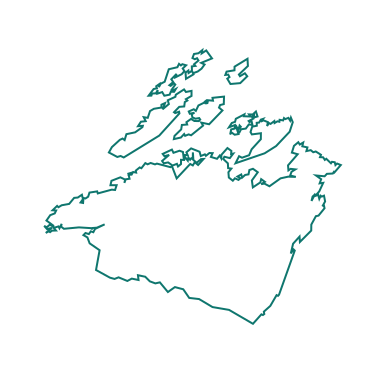 outline of Fitjar nor, Hordaland, Norway, rotated 82°
{"feature_id": "86288312B29955336638723", "entity_name": "Fitjar nor", "entity_type": "district", "adm_level": 2, "iso_a3": "NOR", "parent_name": "Norway", "parent_adm1": "Hordaland", "projection": "orthographic", "projection_center": [5.282, 59.896], "detail": "fine", "context": "isolated", "style": "outline", "palette": "teal", "viewbox_px": 384, "rotation_deg": 82, "n_neighbors": 0, "source": "geoboundaries", "source_scale": "gbopen_adm2", "svg_char_len": 5993}
<svg xmlns="http://www.w3.org/2000/svg" viewBox="0 0 384 384"><g transform="rotate(82 192 192)"><path d="M331.0,150.0L322.8,140.3L323.7,138.9L322.9,137.4L320.5,137.5L315.7,130.3L305.9,122.6L306.8,121.3L305.8,120.1L264.3,98.4L263.0,99.4L266.6,102.7L257.3,99.1L251.1,91.7L256.5,92.1L246.8,79.3L240.9,78.4L233.2,72.7L233.0,70.0L226.5,63.0L222.8,63.3L224.4,64.9L219.9,61.5L214.0,61.8L214.6,64.2L213.6,65.1L216.5,66.9L212.4,67.4L213.1,70.8L212.1,71.1L217.5,74.9L213.3,73.2L212.0,71.3L211.6,68.8L209.1,65.9L201.2,60.8L201.2,64.4L197.3,62.3L192.9,66.9L194.9,58.5L192.8,55.9L193.3,50.0L191.0,48.0L193.2,49.1L186.0,40.9L184.0,44.4L185.3,46.2L182.4,46.5L181.6,49.2L182.9,50.4L177.8,54.4L178.7,56.0L175.9,57.3L175.3,60.4L173.1,59.1L169.1,63.8L169.5,66.4L167.1,68.6L167.4,73.0L163.9,71.5L162.1,76.4L158.5,75.0L160.0,78.7L157.5,79.8L160.5,84.6L166.9,87.6L169.3,82.1L179.0,93.2L184.0,93.5L182.8,91.1L184.0,86.5L185.8,90.6L189.3,92.5L191.5,87.1L190.2,94.6L190.8,102.4L197.1,114.5L193.7,119.2L193.9,122.4L192.1,118.4L188.9,121.7L192.0,123.0L195.9,131.1L188.9,131.1L181.6,124.1L177.5,128.4L178.2,132.1L182.4,133.6L182.5,137.0L184.7,140.3L181.5,140.8L183.0,144.8L185.1,142.2L186.5,144.3L184.4,147.6L186.5,150.0L182.8,153.5L177.5,153.2L174.3,149.8L173.4,152.9L168.6,152.5L163.6,156.5L161.6,155.0L163.7,149.8L159.7,145.8L159.8,148.0L156.8,147.3L153.4,150.8L159.2,157.6L162.6,158.4L159.8,159.5L162.6,162.6L159.9,168.4L156.4,166.2L155.8,169.3L158.1,173.2L156.5,174.0L157.6,178.3L153.2,178.9L148.7,186.8L151.9,192.0L154.9,191.2L154.1,195.2L156.7,195.2L156.8,195.5L151.1,195.4L149.4,198.6L150.6,204.9L147.2,206.0L150.2,215.7L152.7,214.3L152.1,209.5L157.1,217.3L159.6,216.0L159.4,211.5L163.1,207.6L162.0,203.0L164.8,202.3L162.8,199.0L158.6,198.4L159.2,195.3L156.6,193.9L160.4,191.8L157.3,190.8L159.8,189.4L158.5,188.0L159.6,186.7L152.9,185.6L160.5,186.2L163.7,183.3L160.7,178.5L160.9,175.9L166.1,182.2L162.9,185.1L165.8,187.5L164.0,189.9L176.4,205.3L163.8,208.2L164.4,209.9L159.0,222.8L159.5,224.8L157.5,228.9L158.4,232.1L156.9,234.2L161.4,238.8L160.4,240.4L163.0,244.7L165.0,244.6L164.0,247.5L166.4,249.4L166.2,251.8L164.7,250.5L165.0,252.5L170.2,252.0L170.2,255.9L173.6,257.7L170.4,256.5L167.5,260.9L169.7,270.2L173.9,271.8L174.8,265.7L179.3,267.9L178.5,271.1L180.3,285.5L178.2,285.8L178.3,293.6L182.2,295.5L183.6,298.4L182.8,300.3L187.7,301.4L186.9,303.8L183.9,301.0L179.4,301.4L181.6,305.9L181.4,309.5L186.7,315.3L187.0,322.9L188.5,326.4L187.0,327.5L190.7,332.6L191.4,329.1L194.1,330.9L195.2,335.6L200.0,340.1L206.0,334.0L207.1,334.0L204.6,337.4L206.7,340.7L205.0,343.1L208.6,340.7L208.0,335.7L212.2,342.5L211.0,339.3L212.0,338.1L210.8,336.1L211.2,332.1L208.3,333.9L207.5,329.0L209.5,328.3L205.4,325.5L208.0,326.5L210.6,324.0L211.3,308.9L213.9,296.2L215.2,296.8L213.8,295.7L214.1,291.2L211.9,283.0L215.1,293.2L218.1,295.3L216.9,297.7L219.3,300.0L217.8,303.2L219.6,305.5L222.4,301.9L228.6,300.5L236.8,291.6L255.9,297.9L265.4,285.2L267.3,280.8L266.3,276.6L271.1,268.4L269.4,263.7L271.7,257.2L266.9,257.1L269.4,250.1L274.6,246.2L277.4,241.0L277.0,236.4L287.7,229.8L283.8,222.2L287.1,214.2L296.5,209.5L299.0,199.9L308.8,187.7L313.9,171.7L331.0,150.0ZM96.8,179.1L91.8,178.4L92.1,184.1L89.3,185.6L93.4,194.5L95.4,195.2L97.8,203.2L101.7,202.7L106.0,209.6L100.2,206.3L101.3,210.1L104.1,210.5L104.3,218.2L106.0,222.3L112.4,225.5L111.2,229.4L115.4,228.0L115.3,232.8L119.3,236.3L119.6,231.5L120.9,232.1L125.0,240.0L125.6,248.9L131.2,251.5L129.4,253.3L130.3,256.2L136.4,265.1L141.3,268.8L146.9,261.1L146.4,257.7L148.3,254.8L131.6,216.6L112.4,193.5L110.7,193.6L111.5,197.7L110.5,198.7L105.9,192.8L106.2,187.8L101.9,186.6L100.8,183.9L99.2,185.1L96.8,179.1ZM136.9,82.5L132.2,83.7L135.0,84.9L132.0,86.2L132.8,89.5L131.6,90.6L133.8,91.8L132.7,95.2L134.6,95.7L133.9,97.6L135.2,100.6L133.2,100.6L135.5,104.7L134.5,106.1L137.1,108.5L133.4,107.1L131.0,111.2L131.9,114.0L129.5,111.5L129.9,113.7L132.6,115.9L132.5,118.3L135.4,118.6L135.7,123.3L140.8,125.7L143.3,124.7L143.4,115.6L149.3,116.5L158.0,127.0L163.5,130.3L165.0,137.7L163.1,140.4L169.6,144.9L163.8,114.7L158.2,102.3L145.9,86.9L136.9,82.5ZM109.4,148.3L102.0,147.0L101.6,158.6L104.5,158.5L103.1,164.5L104.4,166.8L105.6,166.5L104.6,163.8L106.1,164.4L106.2,165.9L105.2,167.5L107.2,173.6L112.2,176.9L110.3,178.7L111.8,184.0L114.2,183.3L113.8,178.5L115.0,181.5L118.1,181.2L119.9,178.4L119.8,174.6L121.4,173.8L122.7,175.6L122.0,179.8L119.5,182.8L122.1,187.8L124.5,187.4L124.2,192.7L128.5,194.0L134.0,201.5L137.1,202.6L136.5,195.4L133.5,191.7L135.4,191.0L134.5,187.3L135.7,185.0L127.8,171.8L124.6,173.1L127.3,165.6L115.5,150.5L112.2,153.5L109.8,152.1L109.4,148.3ZM65.7,180.2L64.1,183.8L65.1,185.4L63.3,187.0L66.4,189.1L67.2,197.9L79.0,203.7L80.5,208.0L83.6,210.2L80.5,209.2L82.3,212.7L84.4,212.3L84.7,215.7L90.6,221.6L90.9,218.8L88.9,217.8L89.3,214.0L86.3,211.8L89.8,212.6L88.9,207.6L92.8,206.0L92.5,200.6L89.7,199.0L90.3,195.8L87.7,193.7L88.9,196.9L88.0,198.0L83.3,193.6L81.8,194.7L83.9,198.4L83.1,199.5L80.5,195.3L77.5,196.8L72.9,190.9L76.1,192.4L73.9,185.8L71.2,182.7L68.4,184.0L65.7,180.2ZM75.0,119.1L67.8,118.5L73.8,132.4L77.4,133.0L77.6,141.0L80.7,142.7L80.8,139.8L83.4,138.9L84.7,141.3L90.4,138.9L90.9,129.1L85.1,121.2L81.8,123.1L84.0,128.4L82.2,129.2L75.0,119.1ZM126.3,116.6L121.2,117.5L123.7,121.1L123.1,124.7L125.4,123.4L124.2,130.1L122.4,129.3L125.6,138.4L128.5,139.6L129.2,143.0L133.1,146.4L131.7,140.2L134.4,140.7L133.0,139.0L134.8,138.4L134.8,136.4L132.8,135.6L134.2,134.6L136.6,137.5L134.8,139.2L135.5,144.5L140.3,146.2L138.5,144.6L141.2,141.8L141.1,137.9L137.5,138.5L139.4,136.6L136.7,134.7L136.7,129.9L133.0,126.3L134.0,122.8L129.9,123.2L130.8,125.3L129.6,126.0L127.9,121.1L125.9,122.2L124.3,119.8L126.8,120.0L126.3,116.6ZM62.5,153.6L53.8,158.2L56.1,163.1L53.0,162.1L55.5,166.3L55.6,170.8L59.4,172.9L60.9,170.7L60.2,168.4L62.7,167.3L65.8,172.2L67.6,171.1L67.6,174.7L72.0,175.2L73.7,178.8L71.2,178.7L72.9,181.8L79.1,182.2L75.7,174.1L73.4,174.8L74.3,173.5L73.5,169.6L71.2,165.4L67.5,161.8L65.4,164.9L62.5,153.6Z" fill="none" stroke="#0f766e" stroke-width="2"/></g></svg>